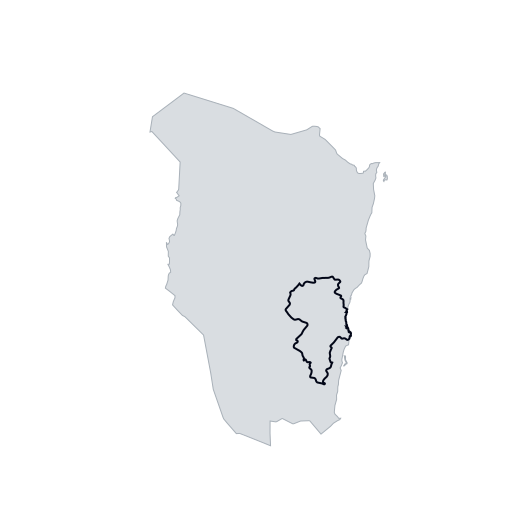 location of Al Madinah within Saudi Arabia, rotated 219°
{"feature_id": "SAU-845", "entity_name": "Al Madinah", "entity_type": "Region", "adm_level": 1, "iso_a3": "SAU", "parent_name": "Saudi Arabia", "parent_adm1": "", "projection": "natural_earth1", "projection_center": [39.015, 24.943], "detail": "fine", "context": "in_parent", "style": "outline", "palette": "ink", "viewbox_px": 512, "rotation_deg": 219, "n_neighbors": 0, "source": "natural_earth", "source_scale": "10m", "svg_char_len": 9365}
<svg xmlns="http://www.w3.org/2000/svg" viewBox="0 0 512 512"><g transform="rotate(219 256 256)"><path d="M366.6,356.4L321.7,363.6L319.3,364.3L305.4,372.4L296.0,385.9L293.8,392.3L292.7,393.3L290.8,394.6L289.0,395.5L286.3,395.3L283.1,390.4L282.2,389.4L281.5,389.3L275.5,390.1L262.9,388.7L260.8,388.4L258.1,386.7L257.4,386.4L256.6,386.3L250.1,386.2L246.9,386.8L243.8,386.6L240.6,386.9L239.5,387.5L238.2,387.5L237.4,388.0L236.7,388.3L235.9,387.8L234.9,387.9L233.4,387.5L232.5,386.4L231.5,385.5L230.6,385.0L229.5,384.6L228.6,384.6L227.5,385.2L226.8,385.8L225.0,387.6L224.9,388.3L225.7,389.4L225.5,389.9L224.4,390.6L224.1,392.3L224.0,393.3L223.8,395.6L224.3,397.4L224.9,398.0L225.0,398.8L224.6,400.4L223.7,400.9L223.0,402.3L222.5,403.0L221.8,403.8L218.7,406.4L218.6,404.9L217.6,402.7L217.5,401.1L217.1,399.5L216.2,398.2L214.7,397.0L214.6,395.2L213.4,393.5L211.9,392.1L211.1,389.6L210.5,386.2L206.5,381.7L201.6,377.6L200.1,375.3L197.7,370.5L196.4,366.8L193.2,362.5L193.0,360.8L192.5,358.8L191.8,356.5L191.3,354.8L188.0,347.0L187.0,345.7L186.0,344.0L185.8,342.7L185.5,341.9L183.2,340.7L181.0,337.4L174.6,332.2L171.4,331.7L168.9,329.8L167.0,327.4L165.1,323.2L161.6,318.7L158.7,312.3L159.6,309.9L159.5,308.3L158.6,305.5L157.7,303.4L157.0,301.4L157.5,298.5L157.7,295.2L158.3,293.5L158.7,291.6L158.2,287.8L157.2,285.7L157.3,284.4L156.2,283.7L155.3,282.2L156.2,282.3L154.5,280.2L153.9,279.1L153.3,276.3L152.5,274.2L149.9,269.3L148.6,266.4L145.8,262.6L142.8,259.8L140.9,258.5L139.9,257.4L138.4,257.3L136.6,255.7L135.4,255.6L133.9,255.3L132.2,252.1L130.7,249.1L128.2,245.2L128.8,244.2L129.6,242.5L129.2,240.4L128.8,238.9L127.7,236.2L124.1,229.5L123.2,228.5L121.6,227.4L120.7,224.5L120.2,221.9L117.8,220.7L113.5,211.3L111.1,208.0L110.1,205.8L107.3,202.2L105.9,198.6L103.1,195.3L100.6,189.5L96.8,183.8L95.2,182.8L91.3,182.4L89.6,181.9L88.1,183.2L87.9,181.6L89.0,179.4L90.6,174.7L90.9,170.7L93.4,158.5L110.2,161.7L111.0,161.5L117.5,155.8L121.1,149.4L121.9,148.7L133.1,146.3L133.5,146.0L135.7,140.2L136.0,139.9L136.3,139.5L141.2,136.6L133.4,126.9L125.3,117.7L156.6,108.0L157.1,107.8L159.5,105.6L173.2,108.0L178.6,109.1L180.3,110.0L205.3,125.5L217.7,136.7L246.8,161.4L247.2,161.6L273.1,164.1L275.8,163.5L282.9,164.4L290.1,165.5L291.5,168.4L292.1,170.4L292.6,172.4L294.0,174.2L300.0,174.2L306.2,174.0L307.1,175.8L307.5,177.6L309.2,181.9L311.6,185.2L312.2,186.4L312.6,188.2L312.3,188.9L312.1,189.7L313.9,191.5L316.8,193.1L317.9,193.5L319.2,194.1L318.2,195.2L320.0,197.6L322.0,200.1L324.1,200.7L327.0,204.4L331.3,206.8L334.0,210.0L333.8,210.1L333.0,209.7L332.0,209.3L331.8,209.7L331.8,211.0L332.1,212.6L333.5,214.0L334.7,214.9L335.2,216.8L334.4,220.7L334.0,220.7L333.4,220.4L332.7,220.3L332.4,220.5L333.2,223.4L334.1,225.6L335.1,227.3L335.9,229.9L336.6,231.0L339.4,233.7L340.3,235.9L341.2,240.1L343.0,242.5L344.0,244.3L345.3,245.8L346.2,247.9L347.4,249.5L348.0,249.9L348.9,250.1L350.0,250.1L351.3,249.7L352.8,249.3L353.9,250.1L355.1,250.0L355.2,250.7L354.4,251.8L353.6,254.4L354.9,254.8L356.2,255.0L357.2,255.4L357.7,255.4L357.7,256.0L357.8,258.4L358.2,259.4L374.1,281.3L415.1,287.2L415.3,287.2L416.4,285.6L424.1,299.1L414.5,337.3L366.6,356.4ZM205.6,399.9L206.8,400.0L206.3,399.4L206.2,399.1L206.7,398.2L208.5,400.0L208.5,402.2L208.3,402.6L207.8,402.2L207.5,401.7L207.4,401.2L206.9,400.7L205.2,401.1L204.1,400.5L202.5,398.7L202.1,397.4L202.8,397.1L203.5,396.5L203.9,395.5L203.5,394.4L204.4,394.6L204.9,395.7L205.0,398.2L205.2,398.7L204.9,399.2L205.6,399.9ZM123.8,234.5L123.4,234.5L122.3,233.2L121.6,232.2L120.9,231.6L117.9,230.3L117.5,229.5L118.0,228.6L118.3,229.5L118.8,229.9L121.4,231.1L124.2,233.7L124.6,233.9L123.8,234.5ZM118.9,228.2L118.8,228.4L118.1,227.8L118.2,226.3L118.8,225.4L118.7,226.6L119.0,227.7L118.9,228.2Z" fill="#d9dde1" stroke="#a8b0b8" stroke-width="1"/><path d="M151.5,272.0L151.4,271.6L151.4,271.1L151.3,270.6L151.2,270.3L151.0,270.0L150.9,269.8L150.8,269.5L150.8,269.1L150.4,269.4L150.1,269.3L150.2,269.6L150.3,269.7L150.7,269.9L150.7,270.0L150.2,270.0L149.8,269.6L149.8,268.7L149.1,267.7L148.7,266.4L148.6,265.9L148.5,265.5L148.4,265.0L148.2,264.7L147.9,264.5L147.6,264.4L147.4,264.3L147.4,264.0L147.2,263.6L147.0,263.4L146.8,263.3L146.5,263.2L146.3,263.1L146.1,262.9L146.0,262.6L145.7,262.3L145.6,262.2L145.3,261.9L145.0,261.8L144.8,261.8L144.4,261.5L144.2,261.4L143.9,261.0L143.6,260.6L143.2,260.3L143.0,260.1L142.5,259.5L142.3,259.5L142.2,259.4L142.1,259.5L141.9,259.6L141.6,259.3L141.3,259.1L140.7,258.7L140.2,258.2L140.3,258.0L140.6,257.8L140.9,257.7L140.6,257.6L140.3,257.8L140.1,257.6L140.3,257.2L140.4,256.9L140.2,256.9L140.1,257.0L139.9,257.0L139.9,257.3L140.0,257.5L140.0,257.8L139.9,258.0L139.6,257.9L139.1,258.0L138.3,257.4L138.1,257.2L137.5,256.7L137.4,256.3L137.2,256.1L136.9,256.0L136.6,255.8L136.4,255.6L136.1,255.3L135.7,255.3L135.3,255.5L135.2,255.8L135.3,256.2L134.6,256.2L134.4,255.9L134.0,255.7L133.6,255.8L133.3,255.4L133.0,254.9L132.7,254.4L132.1,253.9L131.9,253.2L132.1,252.8L132.5,253.1L132.7,252.8L132.6,252.5L131.4,250.6L131.6,249.3L131.7,249.0L131.9,248.6L132.2,248.3L132.5,248.2L132.8,248.1L134.1,248.1L134.7,248.0L135.1,247.9L135.5,247.7L135.9,247.4L136.2,247.0L136.7,246.4L137.0,246.0L137.4,245.8L137.7,245.7L138.1,245.8L138.8,245.9L139.6,245.9L140.0,245.9L140.3,245.7L140.7,245.3L141.0,244.9L141.2,244.5L141.3,244.2L141.1,237.9L141.6,233.6L141.6,233.2L141.5,232.9L141.3,232.6L141.1,232.5L140.7,232.4L139.7,232.4L139.4,232.3L139.3,232.2L139.2,231.8L138.6,229.5L138.1,228.0L137.9,227.5L137.7,227.1L137.4,226.8L135.3,224.9L135.1,224.5L134.9,224.1L134.7,223.7L134.5,222.7L134.4,222.6L134.1,222.3L131.3,220.5L130.9,220.5L130.6,220.6L130.0,221.1L129.7,221.2L129.5,220.6L129.4,219.9L129.1,219.1L128.2,217.1L128.1,216.6L128.1,216.3L128.1,215.9L128.2,215.5L128.5,214.7L129.5,213.0L129.6,212.7L129.7,212.3L129.6,211.8L129.5,211.3L129.2,211.0L128.9,210.8L127.0,210.2L126.7,210.0L126.3,209.8L126.0,209.4L125.7,209.0L125.5,208.7L125.3,208.3L125.2,207.8L125.2,207.4L125.1,206.6L125.5,204.0L125.5,202.9L125.5,202.4L125.3,201.3L125.1,200.9L125.0,200.7L124.8,200.4L124.5,200.2L124.2,200.1L123.7,200.1L122.7,200.3L122.3,200.3L122.1,200.1L122.0,199.8L122.1,199.4L122.4,199.1L122.7,199.0L124.5,198.5L128.6,196.4L129.0,196.3L129.4,196.3L129.9,196.4L130.6,196.7L131.9,197.6L132.4,197.8L133.1,197.9L133.4,198.0L133.8,197.9L134.1,197.8L137.1,196.0L137.4,196.0L137.7,196.1L138.1,196.4L138.3,196.8L138.5,197.1L138.9,198.8L139.2,199.6L139.5,200.3L140.4,201.7L140.8,202.1L141.2,202.3L141.9,202.5L143.5,202.5L143.8,202.6L144.2,202.7L144.4,202.9L144.6,203.2L144.6,203.4L144.6,203.5L144.6,203.8L144.6,204.1L144.7,204.4L145.0,204.7L146.0,205.4L146.2,205.7L146.3,206.0L146.3,206.4L146.3,206.8L146.3,207.2L146.4,207.5L146.8,207.6L147.3,207.5L147.7,207.2L149.1,205.9L149.3,205.8L149.7,205.8L150.0,205.8L150.6,206.0L151.7,206.6L152.1,206.7L152.5,206.7L152.9,206.5L153.0,206.2L152.9,205.9L152.9,205.5L152.9,205.2L153.1,204.9L153.4,205.0L153.7,205.3L153.9,205.7L154.2,206.5L154.5,206.8L155.1,207.1L157.1,207.9L159.0,209.5L159.6,209.7L160.4,209.8L162.0,209.8L168.6,208.7L168.9,208.8L169.3,209.0L169.6,209.3L170.1,210.1L170.4,210.9L170.5,211.3L170.5,211.8L170.5,212.2L170.4,212.9L170.3,213.1L169.7,214.3L169.5,214.9L169.6,215.3L169.7,215.7L170.0,216.0L170.4,216.2L170.7,216.2L171.5,216.0L171.9,216.0L172.2,216.4L172.4,216.7L172.4,217.2L171.5,223.6L171.5,224.2L171.6,224.6L172.1,226.7L172.4,228.6L172.3,233.7L172.3,234.2L172.5,234.7L172.7,235.0L173.0,235.3L173.2,235.5L173.5,235.6L173.8,235.8L174.2,235.8L174.5,235.8L174.9,235.7L178.8,234.2L179.6,234.1L181.5,234.1L182.2,234.1L182.6,234.0L182.9,233.9L183.1,233.8L183.4,233.6L183.7,233.4L184.0,233.0L185.2,231.4L185.5,231.1L185.9,230.8L186.5,230.6L186.9,230.5L189.7,230.4L194.1,231.1L195.5,231.5L195.9,231.7L198.0,232.2L198.7,232.5L199.0,232.7L199.3,233.1L199.4,233.6L199.4,234.0L199.2,239.0L199.2,239.4L199.4,239.8L199.7,240.4L200.0,240.7L200.4,240.9L202.5,241.5L202.9,241.8L203.2,242.3L203.5,243.1L204.4,246.7L204.7,247.5L204.9,247.8L205.1,248.1L206.5,249.2L206.5,249.9L206.4,250.7L206.2,251.3L205.4,252.4L205.1,252.8L205.0,253.2L205.0,253.4L205.1,253.6L205.3,254.2L205.3,254.7L205.3,255.4L205.0,256.8L204.8,260.1L204.9,261.9L202.8,261.5L201.8,261.6L201.4,261.8L201.1,262.0L200.9,262.4L200.8,262.8L200.8,263.2L201.3,264.4L201.3,264.8L201.4,265.2L201.3,266.0L201.2,266.5L201.0,267.0L200.6,267.7L200.2,268.2L199.8,268.5L197.0,269.9L194.9,271.1L194.2,271.7L193.7,272.3L193.6,272.8L193.7,273.2L193.9,273.5L194.3,273.8L196.0,274.8L196.3,275.1L196.4,275.6L196.2,276.1L195.9,276.5L195.6,276.7L193.7,277.4L193.3,277.8L192.8,278.2L190.6,280.7L186.0,284.6L185.4,285.4L184.3,287.4L183.8,287.9L183.5,288.1L183.1,288.1L180.6,287.3L180.2,287.2L179.7,287.3L179.1,287.8L177.5,289.3L177.1,289.5L176.6,289.7L176.3,289.7L175.9,289.7L174.9,289.5L174.5,289.3L174.3,289.0L174.2,288.6L174.3,288.2L174.4,287.5L174.5,286.6L174.5,286.2L174.4,285.8L174.3,285.4L174.0,285.1L173.7,284.7L173.4,284.5L172.9,284.2L171.9,283.9L171.6,283.7L171.3,283.4L171.3,283.0L171.4,282.6L172.3,280.4L172.3,280.0L172.4,279.1L172.4,278.5L172.4,278.2L172.3,277.8L172.1,277.5L171.8,277.2L171.4,277.1L171.1,277.1L169.6,277.3L166.2,278.4L165.0,278.7L164.6,278.5L164.4,278.2L164.4,277.4L164.3,277.0L164.1,276.7L163.8,276.5L163.3,276.5L161.6,276.9L161.0,276.9L160.5,276.8L160.1,276.5L159.7,276.2L158.5,274.6L157.2,273.3L157.0,273.1L156.3,271.9L156.0,271.6L155.6,271.4L155.1,271.5L154.0,271.8L152.0,271.9L151.5,272.0Z" fill="none" stroke="#020617" stroke-width="2"/></g></svg>